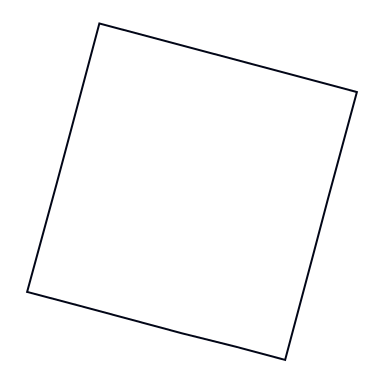 McPherson, Kansas, United States of America, rotated 285°
{"feature_id": "52423323B31241610916517", "entity_name": "McPherson", "entity_type": "district", "adm_level": 2, "iso_a3": "USA", "parent_name": "United States of America", "parent_adm1": "Kansas", "projection": "robinson", "projection_center": [-97.687, 38.392], "detail": "fine", "context": "isolated", "style": "outline", "palette": "ink", "viewbox_px": 384, "rotation_deg": 285, "n_neighbors": 0, "source": "geoboundaries", "source_scale": "gbopen_adm2", "svg_char_len": 323}
<svg xmlns="http://www.w3.org/2000/svg" viewBox="0 0 384 384"><g transform="rotate(285 192 192)"><path d="M52.8,58.6L53.0,111.9L52.9,218.8L53.9,274.6L53.9,325.4L164.9,325.3L220.2,325.1L331.2,325.4L331.2,272.1L331.1,218.8L330.8,58.9L219.7,59.1L164.1,59.1L52.8,58.6Z" fill="none" stroke="#020617" stroke-width="2"/></g></svg>